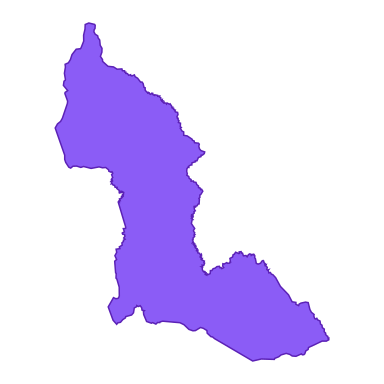 outline of Khao Suan Kwang, Khon Kaen, Thailand
{"feature_id": "78962969B79183208514946", "entity_name": "Khao Suan Kwang", "entity_type": "district", "adm_level": 2, "iso_a3": "THA", "parent_name": "Thailand", "parent_adm1": "Khon Kaen", "projection": "robinson", "projection_center": [102.806, 16.937], "detail": "fine", "context": "isolated", "style": "filled", "palette": "violet", "viewbox_px": 384, "rotation_deg": 0, "n_neighbors": 0, "source": "geoboundaries", "source_scale": "gbopen_adm2", "svg_char_len": 5969}
<svg xmlns="http://www.w3.org/2000/svg" viewBox="0 0 384 384"><path d="M94.6,24.4L88.8,23.0L85.2,24.5L85.0,29.1L83.6,35.2L83.7,41.1L81.2,47.5L80.5,48.7L76.2,49.2L72.0,54.6L70.4,59.6L68.4,62.8L65.1,64.3L65.4,67.1L64.4,73.3L65.4,79.3L65.2,80.3L64.0,81.2L63.4,85.4L67.7,90.6L65.1,92.4L64.9,93.6L67.6,101.1L67.4,103.4L62.4,118.2L60.6,121.4L57.5,123.9L55.2,128.0L64.7,155.2L64.7,159.4L65.7,162.4L68.8,167.2L70.7,168.1L73.0,166.2L76.7,166.1L80.8,167.4L83.6,166.5L91.1,168.4L99.1,166.9L102.5,167.8L105.7,167.5L108.5,169.7L108.9,171.3L111.1,172.2L111.9,171.7L112.5,172.5L112.7,173.5L111.6,174.6L112.7,177.5L111.4,179.3L112.1,179.8L111.6,180.5L112.3,180.2L112.6,181.0L111.2,182.0L111.7,182.7L111.3,183.8L112.1,183.5L113.0,185.0L114.6,185.4L115.1,187.3L117.1,187.4L116.8,188.5L120.2,191.3L119.1,191.9L119.4,193.0L121.8,192.5L121.8,191.4L122.8,191.7L122.9,192.6L123.7,192.6L123.4,194.1L124.0,194.2L122.6,194.6L123.2,195.6L121.5,196.2L121.4,197.1L122.5,197.0L121.3,198.4L119.5,198.9L120.2,200.6L119.4,200.6L119.4,201.4L119.0,200.8L118.2,202.0L125.7,227.1L125.6,228.4L123.3,228.6L124.4,231.9L122.3,232.9L122.3,233.5L122.8,234.3L124.6,234.5L124.9,236.4L123.7,238.0L125.1,239.2L123.4,240.2L123.4,241.5L121.9,242.9L122.2,245.1L119.3,246.9L119.9,248.6L116.1,249.2L116.7,252.4L114.9,255.7L116.6,259.5L114.7,261.2L115.6,272.9L116.2,273.4L116.0,278.1L116.9,279.2L119.2,287.1L119.3,296.0L118.5,298.0L117.4,298.5L115.8,298.7L113.5,297.6L108.2,306.9L113.1,320.3L116.7,324.3L117.7,322.9L120.5,322.3L122.7,319.7L125.4,317.9L125.7,316.6L131.6,315.0L133.5,312.8L134.3,307.9L136.8,306.6L136.8,305.6L138.6,306.5L140.2,305.7L141.7,307.8L142.0,310.1L144.3,310.7L143.4,311.5L143.7,314.6L146.6,321.5L151.4,323.2L152.6,322.6L155.9,324.1L157.6,322.5L159.8,322.6L160.1,321.9L162.7,321.2L179.9,322.7L184.0,324.7L188.9,329.4L192.9,330.8L195.4,330.6L200.5,327.5L203.3,328.3L206.9,330.5L207.2,333.2L211.0,336.7L212.5,336.9L214.5,338.6L252.7,361.0L261.3,359.0L274.4,359.4L274.7,358.4L278.7,356.8L281.1,354.9L286.2,353.4L289.8,354.4L292.2,356.0L296.0,356.3L301.4,353.9L302.3,354.8L303.8,354.7L304.8,353.8L305.8,350.9L308.1,349.5L308.5,347.5L322.1,341.1L326.4,341.1L328.8,339.8L328.8,338.2L328.2,338.5L327.7,336.3L326.6,335.7L325.5,334.2L325.7,333.2L324.2,331.7L324.3,329.1L322.3,327.6L322.0,325.2L320.5,324.1L320.0,321.0L317.7,319.9L316.8,318.3L315.8,319.0L314.7,318.6L313.8,316.0L314.1,314.5L311.4,312.3L309.9,309.5L308.2,302.6L305.5,302.1L300.9,303.1L299.1,304.1L298.6,305.6L295.9,304.3L295.9,302.4L292.1,301.8L288.5,294.8L280.4,286.4L275.6,277.6L272.8,274.6L271.4,274.2L270.4,272.5L268.9,272.9L268.2,270.4L268.7,269.7L267.5,270.1L266.8,269.5L267.3,267.3L265.7,265.8L266.0,265.0L265.1,265.5L264.8,264.2L265.3,263.8L263.9,262.4L263.8,261.2L263.1,260.5L261.8,261.2L260.6,263.2L258.1,264.1L256.3,263.4L255.4,258.6L254.7,257.9L254.8,255.7L253.9,254.3L253.2,254.2L253.0,254.9L252.0,254.6L251.2,255.4L250.8,254.2L249.7,253.9L248.5,254.6L247.1,256.8L246.0,255.5L243.4,255.8L242.5,253.1L241.5,253.1L241.1,251.6L239.2,251.9L239.4,253.4L238.9,253.6L235.6,252.2L234.3,254.2L233.1,254.7L232.6,257.0L229.9,258.4L230.5,262.0L230.0,261.9L229.7,263.1L227.5,263.3L226.8,262.6L224.1,264.0L222.9,263.7L222.7,266.1L223.7,267.6L221.8,268.6L221.1,267.6L220.0,267.8L219.4,266.3L216.9,266.6L215.2,268.1L213.1,268.7L211.8,270.6L210.4,270.6L210.2,273.6L208.3,274.5L207.2,273.9L206.9,275.2L205.2,274.4L205.9,272.9L205.3,273.0L205.0,271.6L204.2,271.4L204.0,272.0L203.3,271.5L202.4,269.9L202.2,267.3L201.5,266.8L202.7,266.8L202.1,265.2L203.8,265.3L204.6,263.1L203.9,262.6L204.4,261.1L201.7,259.8L202.2,258.7L201.2,258.9L201.5,257.9L200.7,257.5L201.2,257.0L200.3,256.7L201.6,255.3L201.4,254.4L200.6,255.5L199.6,253.3L197.8,252.8L197.9,250.7L197.3,250.9L197.5,250.0L196.6,250.2L197.1,248.6L195.6,248.1L195.8,247.2L195.2,247.0L196.0,246.4L195.6,245.3L194.6,246.0L194.0,245.1L194.5,244.0L193.5,244.1L193.9,243.0L193.3,242.3L192.5,242.7L193.1,241.2L192.5,239.9L193.1,239.5L193.1,237.9L194.6,236.5L194.1,235.3L194.8,234.7L194.2,234.5L194.7,232.6L193.7,231.6L193.5,230.4L194.7,228.5L191.4,223.6L192.1,219.8L192.9,219.6L191.9,218.5L192.5,217.7L191.7,217.8L192.3,217.0L191.2,216.9L192.0,216.6L191.4,216.4L191.6,214.8L193.0,215.4L193.0,214.0L194.2,213.1L194.0,211.6L195.3,210.8L194.5,209.6L194.1,207.2L195.1,207.1L194.5,206.4L196.8,206.0L198.3,203.9L199.1,203.9L199.4,199.4L198.9,198.4L199.9,197.5L199.8,195.1L200.8,194.5L202.8,191.2L201.6,189.2L200.6,189.6L200.0,187.9L198.5,187.6L198.5,186.0L196.7,184.5L196.0,182.4L193.7,182.0L193.4,181.0L191.1,181.2L191.1,179.5L189.2,178.4L188.8,176.5L186.8,175.2L187.3,173.8L186.7,171.5L186.9,168.7L188.0,167.3L188.8,167.4L188.5,166.4L190.6,165.0L191.8,165.0L192.0,162.8L195.4,161.8L195.3,160.9L197.0,160.8L198.4,157.5L201.0,156.6L201.1,155.2L202.5,155.1L204.3,153.6L204.7,151.9L201.0,150.6L199.5,148.9L198.8,146.2L199.3,144.2L198.5,143.2L194.5,142.7L194.2,141.0L192.4,140.2L192.1,139.2L187.2,135.9L183.7,135.3L183.7,131.9L182.0,131.0L180.3,128.3L181.3,127.5L180.3,126.7L180.5,123.2L178.4,122.5L179.0,120.7L178.1,119.9L178.1,118.3L177.4,118.3L177.0,116.5L178.0,114.6L177.6,112.4L175.4,111.9L174.9,110.8L175.3,110.1L173.7,109.5L173.7,108.4L172.9,108.4L172.8,107.3L171.9,107.6L171.7,106.2L170.1,103.8L169.4,104.2L167.3,103.1L166.5,104.0L166.2,103.1L164.1,103.1L164.1,102.3L163.5,102.7L162.6,101.8L163.1,101.0L162.0,101.1L162.2,99.8L161.4,100.4L160.9,99.9L160.8,97.8L159.4,96.9L159.7,96.0L157.7,96.3L157.7,95.4L154.8,94.8L154.6,95.4L153.2,94.8L152.7,93.4L152.2,93.9L151.4,93.3L150.6,94.3L149.5,93.8L149.2,92.8L147.9,93.1L148.1,92.3L146.9,92.2L145.2,90.2L145.1,87.7L144.0,87.4L143.1,83.5L142.0,82.0L140.6,82.1L137.6,78.2L135.1,76.7L134.4,74.9L131.9,75.9L130.7,75.5L130.6,74.7L128.7,75.3L127.5,73.6L125.8,73.4L125.9,72.2L124.7,72.1L124.6,70.8L122.4,70.7L121.9,68.9L117.1,69.2L113.5,66.9L108.0,66.3L102.6,61.4L102.5,59.5L100.4,56.4L101.9,52.2L102.0,48.3L100.2,45.3L99.7,40.0L98.1,37.9L97.7,35.8L95.2,34.2L93.9,31.8L94.2,29.6L95.0,28.6L95.2,25.3L94.6,24.4Z" fill="#8b5cf6" stroke="#5b21b6" stroke-width="1.5"/></svg>